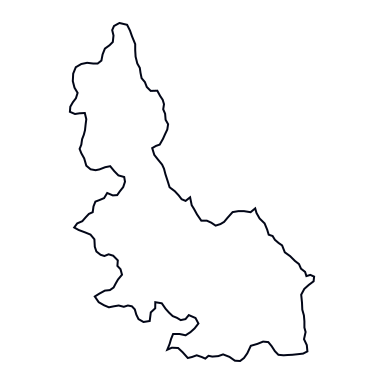 outline of Fortuna de Minas, Minas Gerais, Brazil
{"feature_id": "56859067B93002410173864", "entity_name": "Fortuna de Minas", "entity_type": "district", "adm_level": 2, "iso_a3": "BRA", "parent_name": "Brazil", "parent_adm1": "Minas Gerais", "projection": "natural_earth1", "projection_center": [-44.511, -19.534], "detail": "fine", "context": "isolated", "style": "outline", "palette": "ink", "viewbox_px": 384, "rotation_deg": 0, "n_neighbors": 0, "source": "geoboundaries", "source_scale": "gbopen_adm2", "svg_char_len": 2793}
<svg xmlns="http://www.w3.org/2000/svg" viewBox="0 0 384 384"><path d="M165.1,113.7L163.2,109.3L164.0,104.2L162.7,99.8L160.1,95.9L157.3,90.7L150.7,90.9L146.8,87.0L144.9,82.1L141.6,78.2L140.5,72.8L139.8,67.9L137.3,63.5L135.6,56.7L135.2,50.2L135.2,44.1L132.0,36.3L130.0,30.6L127.1,24.8L119.4,23.0L114.0,26.0L112.2,30.1L113.5,35.5L112.8,42.0L109.5,45.3L104.9,48.6L102.6,54.4L101.4,60.6L97.7,63.5L92.9,63.5L87.1,62.8L81.3,64.0L75.8,67.2L73.2,73.6L72.8,81.1L74.5,87.7L77.6,92.9L75.9,98.3L72.9,102.2L70.3,106.7L69.9,111.8L75.0,114.0L79.5,113.3L84.8,113.0L86.3,119.2L85.7,123.8L85.0,130.2L83.8,134.8L82.1,139.2L81.3,144.7L79.6,148.9L81.3,153.2L84.2,158.4L86.3,165.7L90.6,169.3L95.6,170.2L99.5,169.4L105.2,167.2L110.2,166.2L114.3,171.2L118.4,175.4L124.2,177.0L125.0,181.7L123.2,187.1L119.7,191.5L117.2,195.1L112.8,195.4L107.2,193.0L104.1,198.1L99.6,200.0L95.4,201.6L93.5,206.4L92.7,212.2L88.9,213.9L85.7,217.3L82.3,221.2L77.2,223.4L74.2,227.5L78.7,230.0L85.1,232.4L90.5,234.6L94.4,239.3L94.8,246.8L96.4,251.5L100.6,254.8L104.4,256.0L108.6,254.3L113.2,255.7L117.8,260.4L117.4,265.9L120.5,269.2L122.0,274.7L118.0,279.5L115.7,283.5L113.6,287.5L109.9,290.1L104.9,290.6L99.4,293.6L94.8,296.5L98.7,302.2L104.1,305.3L108.9,307.3L113.9,306.3L118.7,305.5L123.8,306.8L127.9,305.5L131.9,306.3L134.8,309.4L136.3,314.6L138.5,319.1L143.5,322.0L149.7,321.0L150.8,312.4L155.2,308.3L155.3,302.2L161.8,303.3L165.6,308.8L169.0,312.6L172.7,316.1L176.9,317.8L180.7,320.1L185.5,319.1L188.8,315.1L195.5,318.0L198.4,323.5L194.6,328.4L190.5,332.1L185.6,335.3L179.5,334.0L173.1,334.0L171.1,338.9L169.6,344.0L167.3,349.7L171.9,347.7L178.1,348.0L182.6,352.2L187.8,358.0L192.0,357.0L196.7,355.3L201.7,357.0L205.3,358.6L208.5,355.8L212.3,356.6L218.3,356.1L223.1,354.4L229.5,356.9L234.9,360.7L240.1,361.0L244.0,358.0L247.3,353.3L250.8,345.8L257.4,343.9L263.1,341.6L268.3,342.1L271.6,346.1L274.9,351.2L278.4,354.8L283.6,355.3L287.7,355.0L292.2,354.8L297.8,354.2L303.1,353.6L307.4,351.4L306.8,345.1L304.0,339.2L305.6,332.0L304.4,327.6L304.4,321.3L303.9,315.4L302.3,309.7L302.0,302.7L301.2,294.7L304.3,288.9L308.8,284.9L313.6,281.3L314.1,276.6L310.3,274.9L306.4,276.1L305.1,271.9L301.0,268.7L299.0,264.1L294.9,260.9L290.2,256.2L284.8,252.3L282.1,245.4L278.6,243.0L274.9,239.8L272.6,236.0L268.7,234.7L267.2,229.7L264.6,223.4L259.6,218.5L256.5,213.0L255.2,208.4L250.6,212.2L243.8,211.1L238.6,211.1L232.6,212.1L227.6,217.7L224.1,221.9L220.4,224.1L215.6,225.6L211.3,222.7L206.9,220.7L201.3,220.7L197.0,214.4L194.1,209.1L191.7,205.2L190.1,197.3L185.6,200.9L181.6,199.2L178.7,195.4L174.8,191.2L169.6,187.3L167.7,181.2L165.4,174.1L164.0,168.7L162.1,164.6L158.0,159.6L154.3,154.9L152.2,148.1L156.0,145.9L159.7,144.6L163.0,138.8L165.1,134.1L167.3,129.5L168.1,124.2L165.6,119.8L165.1,113.7Z" fill="none" stroke="#020617" stroke-width="2"/></svg>